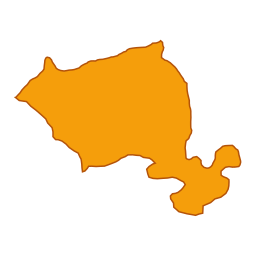 Lachin District, Laçın, Azerbaijan
{"feature_id": "54616110B46945931752574", "entity_name": "Lachin District", "entity_type": "district", "adm_level": 2, "iso_a3": "AZE", "parent_name": "Azerbaijan", "parent_adm1": "Laçın", "projection": "orthographic", "projection_center": [46.409, 39.71], "detail": "fine", "context": "isolated", "style": "filled", "palette": "amber", "viewbox_px": 256, "rotation_deg": 0, "n_neighbors": 0, "source": "geoboundaries", "source_scale": "gbopen_adm2", "svg_char_len": 2972}
<svg xmlns="http://www.w3.org/2000/svg" viewBox="0 0 256 256"><path d="M15.4,97.4L19.2,100.5L26.5,101.6L30.9,106.3L35.9,110.1L40.4,114.0L45.8,118.9L47.7,123.0L52.1,127.7L53.0,131.8L53.0,136.7L55.6,139.6L58.2,139.7L61.9,141.0L66.0,144.0L69.2,147.5L74.1,150.9L78.2,153.1L79.9,157.0L81.0,158.9L81.3,160.4L81.8,164.2L82.0,167.7L82.5,171.8L84.9,171.0L87.2,168.5L88.6,166.3L91.7,166.2L96.1,166.5L99.6,166.3L104.5,166.1L108.2,164.8L112.4,163.2L115.9,161.8L118.5,160.3L120.9,158.3L125.3,156.6L127.9,154.9L132.5,154.8L136.6,155.3L140.0,155.5L143.4,157.4L149.5,158.2L152.0,159.9L155.2,163.2L152.8,164.0L149.1,166.5L146.7,169.2L147.8,173.9L149.0,177.2L153.0,178.4L157.3,178.7L162.7,178.3L167.5,178.0L172.3,177.2L176.4,178.1L180.7,180.5L183.7,182.0L185.2,184.6L183.1,187.7L181.3,189.8L178.2,192.3L175.7,193.3L172.4,193.8L170.4,196.0L170.7,198.9L173.5,203.0L173.8,207.2L174.5,207.8L178.9,211.7L187.1,213.8L191.3,214.5L195.6,215.3L199.1,214.0L202.7,213.2L203.1,205.8L210.6,202.6L214.9,198.9L220.8,197.2L225.7,193.5L225.9,193.3L228.1,189.2L228.8,185.9L229.0,181.9L228.9,179.7L226.7,178.0L224.6,177.2L223.0,176.5L221.2,175.3L221.0,172.8L221.1,171.1L223.4,169.0L225.4,167.3L229.0,166.6L232.4,167.1L235.4,167.0L238.8,166.5L239.9,165.0L240.6,162.6L240.6,161.6L240.6,161.1L239.6,157.3L238.9,154.8L238.4,151.7L237.7,150.0L235.7,148.7L233.9,146.6L232.4,145.4L228.9,145.5L225.2,145.7L222.7,146.3L220.3,148.5L218.6,149.7L215.9,151.9L215.5,153.4L215.3,155.5L215.3,158.0L215.0,159.4L213.8,161.7L213.0,163.1L212.2,165.2L210.7,166.9L208.7,168.0L206.9,168.2L203.9,167.3L201.6,165.0L201.0,162.8L201.0,160.5L199.0,158.4L196.7,156.6L193.1,157.3L191.2,158.9L189.1,159.6L187.1,159.1L186.0,158.0L185.5,150.8L185.1,147.9L185.6,143.4L186.1,140.8L188.7,138.6L189.9,135.4L191.3,133.0L191.7,130.3L190.8,128.1L190.7,125.1L190.7,121.6L190.9,117.4L190.8,114.1L190.8,111.2L190.5,109.0L189.6,106.3L189.4,104.2L189.3,103.4L189.3,100.4L188.3,96.3L187.8,94.2L187.7,93.8L187.1,90.2L186.9,86.4L186.9,83.4L184.3,81.4L183.2,78.7L181.7,76.6L180.5,74.9L179.3,72.9L177.5,70.6L176.7,69.2L174.9,67.0L173.0,65.3L170.3,62.8L168.7,61.8L167.0,60.7L164.8,60.1L163.1,58.8L161.5,57.6L161.6,54.3L162.3,51.8L163.2,50.0L163.7,47.4L163.3,46.8L162.8,45.3L162.5,42.4L160.6,40.7L159.7,41.6L158.3,42.3L156.2,43.0L152.6,43.2L151.2,44.5L148.1,46.1L145.5,47.2L141.4,47.4L136.7,47.7L133.0,48.1L129.5,48.7L127.3,49.8L125.9,51.4L123.6,52.0L121.5,53.3L118.9,54.5L117.5,55.7L115.3,56.3L113.1,56.9L111.2,57.0L109.1,57.8L106.8,58.4L105.4,58.7L102.8,59.3L99.5,59.5L97.5,59.9L95.5,61.0L93.2,60.9L90.7,61.0L88.1,62.0L87.0,63.1L85.0,63.9L83.0,64.9L81.3,65.9L79.0,68.0L76.5,68.8L74.4,69.5L72.1,69.9L69.2,70.1L66.6,70.6L64.1,71.0L60.6,70.5L57.8,69.4L56.2,68.2L55.0,65.9L53.6,63.9L52.3,62.0L51.5,59.9L49.6,57.8L47.1,57.2L45.8,58.1L44.9,60.3L44.7,62.5L44.3,65.6L44.0,69.1L42.6,71.1L40.1,73.3L37.4,76.6L35.2,77.9L32.6,79.0L30.2,80.5L27.4,84.5L24.9,86.8L22.1,89.8L20.1,92.8L17.9,95.1L16.0,97.2L15.4,97.4Z" fill="#f59e0b" stroke="#b45309" stroke-width="1.5"/></svg>